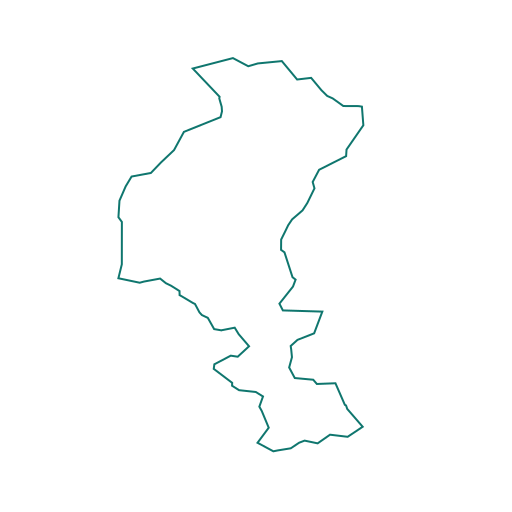 Uyo, Akwa Ibom, Nigeria, rotated 256°
{"feature_id": "59680162B78634023582239", "entity_name": "Uyo", "entity_type": "district", "adm_level": 2, "iso_a3": "NGA", "parent_name": "Nigeria", "parent_adm1": "Akwa Ibom", "projection": "natural_earth1", "projection_center": [7.919, 5.014], "detail": "fine", "context": "isolated", "style": "outline", "palette": "teal", "viewbox_px": 512, "rotation_deg": 256, "n_neighbors": 0, "source": "geoboundaries", "source_scale": "gbopen_adm2", "svg_char_len": 1469}
<svg xmlns="http://www.w3.org/2000/svg" viewBox="0 0 512 512"><g transform="rotate(256 256 256)"><path d="M64.5,318.2L85.6,307.5L87.1,307.4L89.2,307.2L89.7,306.7L90.1,306.2L113.3,302.3L117.1,284.1L122.1,281.6L128.2,264.1L139.8,261.2L149.1,266.4L156.5,267.5L160.3,267.9L164.6,276.0L166.9,293.7L186.0,306.9L196.7,268.9L204.1,267.2L217.4,284.5L223.5,288.7L226.6,286.3L252.7,284.5L255.9,281.8L265.9,284.4L272.7,290.2L278.1,294.7L282.8,299.9L289.0,312.2L295.0,318.6L307.5,329.1L314.1,328.9L324.4,338.1L331.1,367.6L337.4,369.6L356.9,391.8L360.5,392.4L375.3,394.9L376.6,391.9L380.4,377.0L390.4,368.5L394.1,363.8L401.0,359.6L415.5,352.6L417.3,338.6L438.9,328.2L439.0,327.3L442.4,304.4L442.0,294.4L453.6,281.5L453.2,240.0L419.3,259.2L417.8,258.5L409.1,258.8L404.6,258.0L399.3,255.2L393.9,216.1L378.6,202.1L369.8,186.5L362.0,174.1L363.2,154.5L355.1,146.4L342.7,136.9L326.9,131.9L321.5,134.1L280.4,123.8L267.7,117.1L258.2,136.7L258.3,141.1L257.3,157.5L251.4,162.0L247.7,166.4L240.5,173.3L236.5,172.4L236.0,173.0L225.7,183.4L224.2,185.2L215.0,187.5L211.8,189.2L207.6,194.3L196.7,197.3L195.2,197.7L192.2,204.5L192.3,204.8L192.2,206.0L191.6,218.0L184.3,220.3L170.1,227.4L162.7,213.9L165.4,207.4L161.0,189.4L156.7,187.7L138.7,202.2L135.9,201.4L129.9,207.1L124.1,222.9L118.0,228.8L109.0,222.8L104.2,224.1L86.3,226.8L74.4,212.3L62.3,225.6L62.1,230.0L61.0,243.2L64.4,252.7L65.1,258.5L59.3,270.5L64.7,284.6L58.4,301.2L64.5,318.2Z" fill="none" stroke="#0f766e" stroke-width="2"/></g></svg>